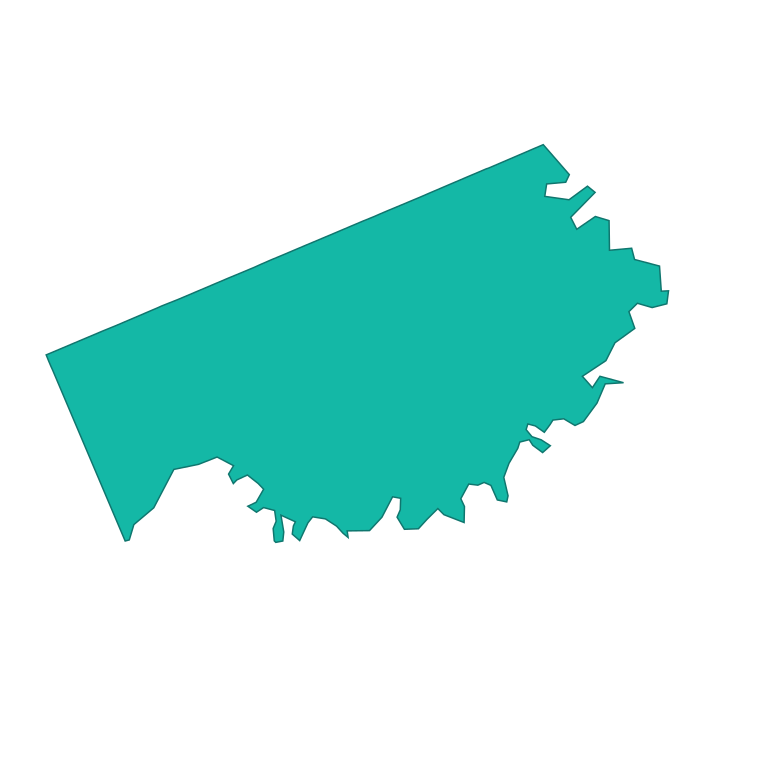 outline of Miller, Arkansas, United States of America, rotated 67°
{"feature_id": "52423323B19087014841162", "entity_name": "Miller", "entity_type": "district", "adm_level": 2, "iso_a3": "USA", "parent_name": "United States of America", "parent_adm1": "Arkansas", "projection": "albers", "projection_center": [-93.844, 33.315], "detail": "fine", "context": "isolated", "style": "filled", "palette": "teal", "viewbox_px": 768, "rotation_deg": 67, "n_neighbors": 0, "source": "geoboundaries", "source_scale": "gbopen_adm2", "svg_char_len": 1906}
<svg xmlns="http://www.w3.org/2000/svg" viewBox="0 0 768 768"><g transform="rotate(67 384 384)"><path d="M419.2,683.6L427.4,683.6L428.0,679.4L415.7,669.2L408.0,644.3L380.5,610.8L385.5,586.1L386.0,566.2L400.4,554.4L406.2,562.3L416.8,561.6L414.8,556.9L414.4,545.3L426.4,538.7L433.8,535.9L442.9,547.9L443.3,557.1L452.2,551.5L450.7,543.1L457.7,534.1L468.2,536.9L473.7,542.5L485.5,546.3L487.5,545.5L489.0,538.5L481.1,534.1L464.5,530.1L476.2,519.4L479.3,522.9L486.3,527.1L495.2,522.8L482.1,508.3L478.4,501.6L485.3,490.6L496.3,483.2L505.4,480.0L511.2,477.0L504.8,475.3L513.3,454.6L505.8,437.9L491.2,420.2L495.7,413.3L506.2,418.2L511.7,424.0L525.7,422.0L530.7,408.9L525.3,397.1L519.7,383.1L527.7,379.9L542.8,364.4L528.2,357.8L519.6,358.1L509.2,345.1L513.8,337.1L513.7,330.3L519.1,325.2L535.0,325.0L540.5,317.1L535.4,313.5L516.7,310.2L505.8,299.9L495.5,286.0L490.5,281.7L492.0,272.1L498.5,271.0L509.1,264.8L505.8,255.0L496.8,261.1L490.3,268.4L481.5,271.0L477.0,267.2L481.7,261.1L491.1,255.3L486.3,247.1L483.2,242.6L486.3,232.1L496.8,224.4L496.5,215.1L484.8,195.4L470.3,180.3L476.4,163.0L461.3,182.2L468.8,193.6L454.4,198.4L449.2,170.6L436.3,155.3L430.8,131.4L413.1,130.3L408.7,119.2L418.4,107.3L420.7,92.3L409.4,85.7L406.9,92.5L383.1,84.3L367.3,104.7L355.8,103.0L349.0,124.2L321.6,113.0L312.4,124.0L316.9,146.1L303.5,147.0L290.1,114.8L281.4,119.4L286.7,141.7L274.1,162.7L263.4,156.1L269.3,137.9L263.7,131.6L225.9,143.9L225.9,144.7L225.9,153.9L226.1,203.8L225.9,205.6L225.9,205.9L225.9,226.8L226.0,261.8L226.0,266.6L226.1,277.5L225.9,312.3L225.9,320.6L226.0,327.2L225.8,339.8L225.8,346.5L225.8,351.3L225.8,368.4L225.7,401.3L225.7,428.4L225.6,438.9L225.7,449.8L225.9,458.2L225.7,485.1L225.7,497.9L225.7,500.8L225.7,540.8L225.3,557.8L225.4,563.2L225.4,567.5L225.5,609.2L225.3,622.6L225.2,683.6L226.5,683.6L231.3,683.7L238.0,683.7L240.9,683.6L419.2,683.6Z" fill="#14b8a6" stroke="#0f766e" stroke-width="1.5"/></g></svg>